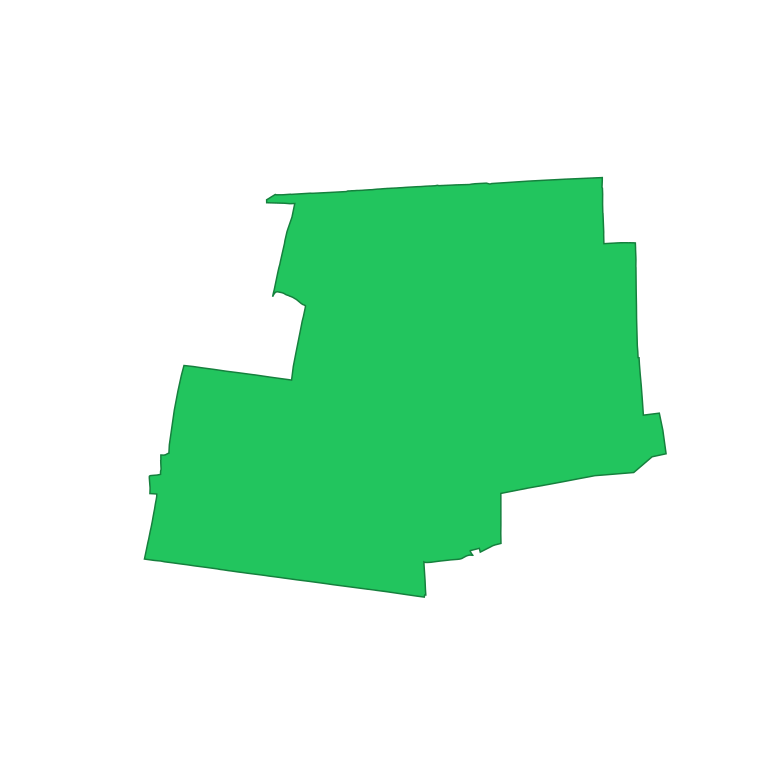 the district of Teslui, Dolj, Romania, rotated 341°
{"feature_id": "2599482B26570302322271", "entity_name": "Teslui", "entity_type": "district", "adm_level": 2, "iso_a3": "ROU", "parent_name": "Romania", "parent_adm1": "Dolj", "projection": "equal_earth", "projection_center": [24.149, 44.204], "detail": "fine", "context": "isolated", "style": "filled", "palette": "green", "viewbox_px": 768, "rotation_deg": 341, "n_neighbors": 0, "source": "geoboundaries", "source_scale": "gbopen_adm2", "svg_char_len": 4407}
<svg xmlns="http://www.w3.org/2000/svg" viewBox="0 0 768 768"><g transform="rotate(341 384 384)"><path d="M628.0,541.8L632.6,518.5L634.8,501.2L619.1,497.9L622.9,483.8L626.6,469.7L629.5,457.9L631.9,448.6L633.7,442.2L632.8,441.8L634.5,436.0L636.0,430.2L639.8,418.1L642.9,408.2L644.2,404.1L648.2,392.1L651.7,381.3L653.3,376.4L660.1,356.0L660.4,354.8L662.6,348.7L663.3,346.5L665.8,338.2L666.1,337.4L667.5,332.7L667.3,332.7L667.4,332.4L666.3,331.9L664.3,331.2L663.3,330.8L660.9,330.0L659.3,329.4L657.9,328.9L653.4,327.4L652.6,327.2L651.7,326.9L647.8,325.8L637.6,322.9L637.9,321.9L640.4,314.1L641.2,311.9L646.6,293.9L646.6,293.4L649.2,285.2L651.5,278.6L652.5,275.8L654.3,269.9L654.1,269.1L656.0,264.3L656.7,262.5L657.6,259.9L622.2,249.4L604.8,244.4L586.3,239.1L569.3,234.5L551.0,229.5L550.8,229.5L549.3,229.5L546.2,227.4L545.8,227.3L535.0,224.2L534.3,224.1L532.3,223.6L529.7,223.2L516.6,219.1L511.4,217.6L507.4,216.4L500.3,214.3L499.6,213.7L499.0,213.5L496.9,213.2L492.6,212.0L491.4,211.6L487.2,210.4L483.0,209.3L481.0,208.7L480.5,208.5L474.4,206.8L473.0,206.4L471.6,206.0L468.0,205.0L465.6,204.4L462.1,203.4L459.8,202.8L457.4,202.1L454.7,201.3L452.2,200.6L449.9,199.9L449.3,199.8L448.0,199.4L443.6,198.3L441.2,197.6L437.4,196.7L436.0,196.4L433.7,195.7L428.6,194.3L427.3,194.0L426.2,193.7L424.9,193.3L423.8,193.0L422.3,192.5L421.7,192.3L421.0,192.1L419.4,191.7L417.0,191.0L416.1,190.7L415.2,190.5L414.4,190.3L413.6,190.0L412.4,189.7L411.1,189.8L396.7,185.7L378.4,180.4L376.4,179.6L358.0,174.5L357.3,174.1L350.1,172.2L343.8,170.1L342.9,169.4L340.7,169.9L337.9,170.5L335.9,171.0L333.0,171.6L332.1,174.4L348.8,180.7L353.8,182.9L358.4,184.3L351.3,196.3L344.4,205.1L343.6,206.1L341.8,208.5L337.0,216.2L335.7,218.7L330.1,227.7L326.2,234.0L324.5,236.9L322.3,240.1L320.2,243.5L317.7,247.7L314.6,252.9L310.8,259.3L309.7,260.9L308.6,262.7L307.1,265.2L308.7,263.6L309.8,262.8L311.1,262.0L311.9,261.9L313.0,262.0L314.0,262.5L317.5,264.6L319.0,265.9L320.3,267.5L321.6,268.6L321.9,268.8L322.4,269.1L322.7,269.4L322.9,269.7L323.3,270.1L324.6,271.1L326.2,272.6L327.4,274.1L328.4,275.2L329.5,276.8L330.1,277.9L330.8,279.0L331.8,280.7L332.3,281.4L333.3,282.6L334.1,283.2L334.8,283.9L335.2,284.5L334.4,286.2L331.6,290.9L329.8,293.9L327.1,298.0L321.9,307.0L311.5,324.8L304.0,337.8L297.9,350.2L278.3,340.3L264.8,333.3L264.1,333.0L249.7,325.8L239.3,320.7L227.9,314.8L216.7,309.2L209.4,305.4L200.9,301.4L195.2,309.9L186.8,323.7L177.2,340.5L161.3,371.5L158.1,379.4L157.5,379.3L156.0,379.5L155.4,379.6L154.7,379.7L154.1,379.8L153.7,379.7L153.0,379.6L152.4,379.5L151.5,379.1L150.7,378.8L149.9,378.5L148.9,381.4L148.7,382.1L148.5,382.7L148.0,383.6L147.9,383.8L147.8,384.3L147.2,386.1L146.1,389.9L145.5,392.0L144.4,393.7L143.9,395.0L143.3,396.7L139.7,396.2L135.5,395.1L133.4,394.6L132.8,394.6L132.2,394.8L132.0,395.1L131.5,396.5L129.7,403.4L129.2,405.4L128.8,406.7L127.5,410.1L127.0,411.4L131.9,413.4L133.3,414.1L133.0,414.9L132.7,415.8L132.2,416.9L130.9,419.3L129.9,421.0L128.5,423.5L126.1,428.0L124.8,430.2L123.8,432.0L122.1,435.0L120.3,438.3L117.1,443.8L115.3,446.7L111.1,453.9L109.2,456.9L105.0,464.0L100.7,471.2L100.5,471.5L102.8,472.7L105.4,474.0L109.1,475.9L111.5,477.0L115.3,478.7L118.7,480.7L126.0,484.3L132.9,487.8L138.8,490.7L145.5,494.2L156.0,499.4L166.1,504.5L168.7,506.0L171.4,507.3L176.3,509.9L178.4,510.9L182.1,512.8L184.8,514.2L188.1,515.8L192.8,518.2L199.3,521.4L206.4,524.9L209.8,526.6L212.2,527.9L217.9,530.7L222.9,533.2L225.6,534.6L230.8,537.2L237.9,540.8L249.3,546.4L264.4,554.0L270.4,557.1L288.7,566.2L319.4,581.5L336.2,590.2L346.3,595.4L352.7,598.6L353.1,597.9L353.7,596.9L353.8,596.8L353.9,596.7L354.1,596.7L354.4,596.8L354.6,597.0L354.8,597.1L355.1,596.2L355.4,595.0L356.3,591.7L358.9,582.9L359.3,581.4L362.5,569.7L362.8,568.6L363.8,565.2L364.1,565.5L364.7,566.0L365.6,566.4L367.0,566.9L368.8,567.4L369.8,567.7L371.2,568.0L375.7,568.9L379.1,569.6L385.7,571.1L389.8,572.0L396.3,573.7L398.6,574.2L399.9,574.3L400.9,574.3L403.0,573.9L404.9,573.6L406.2,573.4L408.2,573.5L409.4,573.7L410.7,574.2L411.9,574.8L412.2,574.8L411.5,572.8L411.2,570.9L411.1,570.3L411.2,569.7L411.3,569.6L413.3,569.8L420.6,570.4L420.3,574.3L428.8,573.1L431.1,572.8L434.2,572.3L434.8,572.3L436.6,572.3L442.7,572.8L445.8,563.2L448.6,555.4L458.2,527.4L458.8,525.5L485.8,529.2L506.8,532.5L521.6,534.7L538.4,537.1L549.1,538.7L553.5,539.3L563.1,541.8L591.3,549.0L613.8,540.1L628.0,541.8Z" fill="#22c55e" stroke="#15803d" stroke-width="1.5"/></g></svg>